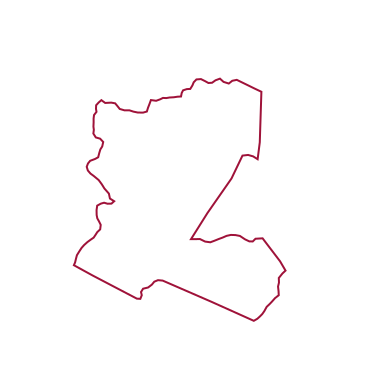 outline of Umirim, Ceará, Brazil, rotated 119°
{"feature_id": "56859067B7919726635924", "entity_name": "Umirim", "entity_type": "district", "adm_level": 2, "iso_a3": "BRA", "parent_name": "Brazil", "parent_adm1": "Ceará", "projection": "natural_earth1", "projection_center": [-39.389, -3.68], "detail": "fine", "context": "isolated", "style": "outline", "palette": "rose", "viewbox_px": 384, "rotation_deg": 119, "n_neighbors": 0, "source": "geoboundaries", "source_scale": "gbopen_adm2", "svg_char_len": 1945}
<svg xmlns="http://www.w3.org/2000/svg" viewBox="0 0 384 384"><g transform="rotate(119 192 192)"><path d="M155.6,315.8L158.9,317.0L162.6,317.9L165.8,316.3L168.2,314.4L172.2,315.0L175.4,313.7L178.8,311.8L182.6,309.9L185.2,308.0L188.7,306.6L190.9,302.6L189.9,298.2L191.3,293.9L195.7,292.6L199.2,292.8L202.9,292.0L207.1,290.9L210.1,292.8L214.1,296.2L217.5,296.8L221.0,296.3L223.7,293.5L225.1,289.7L225.6,285.8L226.8,279.4L229.0,274.6L231.4,270.3L233.7,263.9L237.5,260.6L237.8,255.6L241.2,256.8L243.2,260.2L244.0,263.7L246.4,266.1L249.9,268.3L254.1,266.7L258.4,264.2L261.0,262.0L262.7,259.2L265.0,255.9L269.2,254.2L273.0,255.4L276.2,255.6L279.6,255.9L282.6,257.4L286.5,259.2L290.9,260.7L294.6,261.5L298.8,261.8L303.1,262.0L306.7,261.1L310.3,260.1L313.3,259.8L313.2,238.5L312.0,188.5L310.5,185.4L306.6,185.9L304.2,188.1L300.3,187.9L296.8,184.1L292.5,182.2L288.7,181.5L285.6,179.0L283.7,174.7L278.6,121.8L274.7,75.5L271.2,73.4L268.0,72.3L264.8,71.4L261.2,71.0L256.2,71.0L252.1,69.7L249.0,68.9L244.5,67.9L240.2,66.1L236.8,68.2L233.0,70.9L229.1,72.0L225.1,74.4L219.4,73.4L215.4,72.1L209.9,81.4L198.3,107.8L202.1,113.8L205.8,114.9L207.4,117.9L207.7,122.7L207.2,128.8L208.6,133.1L210.7,137.2L213.6,140.5L217.0,143.1L220.0,145.7L223.7,148.7L227.1,151.6L229.0,156.5L229.3,162.3L231.6,166.2L233.7,170.0L202.9,168.3L171.8,165.1L161.0,164.0L135.7,165.5L132.4,160.9L131.2,155.8L131.5,150.5L115.7,156.8L70.7,179.9L71.2,187.7L71.5,193.9L72.2,207.2L75.2,210.7L79.3,212.4L80.4,217.8L79.3,222.5L82.9,225.6L86.7,227.4L88.7,230.5L88.7,234.2L88.9,238.9L91.4,242.7L95.2,243.7L98.6,243.3L102.7,243.5L104.5,246.4L107.4,249.1L110.4,249.0L113.8,247.9L115.7,250.9L118.0,253.9L120.2,257.4L122.3,260.0L123.8,263.0L126.4,264.8L129.6,267.6L131.5,272.5L136.0,271.8L139.7,271.3L143.5,270.5L146.3,273.3L148.8,278.0L150.1,282.2L150.9,286.3L153.3,290.6L154.4,295.5L152.9,299.1L151.7,302.2L153.0,306.0L156.2,311.1L155.6,315.8Z" fill="none" stroke="#9f1239" stroke-width="2"/></g></svg>